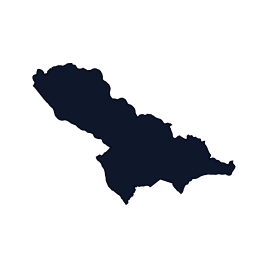 Nova Olímpia, Mato Grosso, Brazil (Mercator projection), rotated 47°
{"feature_id": "56859067B94311808533104", "entity_name": "Nova Olímpia", "entity_type": "district", "adm_level": 2, "iso_a3": "BRA", "parent_name": "Brazil", "parent_adm1": "Mato Grosso", "projection": "mercator", "projection_center": [-57.402, -14.783], "detail": "fine", "context": "isolated", "style": "filled", "palette": "ink", "viewbox_px": 256, "rotation_deg": 47, "n_neighbors": 0, "source": "geoboundaries", "source_scale": "gbopen_adm2", "svg_char_len": 5406}
<svg xmlns="http://www.w3.org/2000/svg" viewBox="0 0 256 256"><g transform="rotate(47 128 128)"><path d="M211.8,133.7L211.7,132.2L211.2,130.8L210.6,130.0L210.0,129.2L209.4,127.8L208.9,126.6L208.5,125.2L208.4,124.2L209.2,123.0L209.3,122.0L208.8,120.9L208.1,119.7L208.9,118.6L209.2,117.2L208.7,116.3L208.7,115.3L209.6,114.0L210.8,112.8L211.5,111.2L211.8,110.1L212.2,107.9L212.6,106.8L213.4,105.1L214.0,103.9L214.8,102.8L215.4,101.9L215.8,101.0L216.7,100.0L218.2,98.7L219.9,96.8L220.7,96.1L221.9,94.8L222.5,93.6L223.0,92.7L224.0,91.9L224.9,91.4L225.6,90.8L226.4,89.9L227.0,89.1L227.6,88.0L228.5,87.4L229.6,87.2L230.9,86.5L231.7,85.6L232.0,84.5L231.6,83.5L231.0,82.7L230.6,80.8L230.2,79.2L229.7,77.3L229.0,76.2L228.0,76.0L225.3,75.9L224.5,75.4L223.6,74.3L222.8,75.5L222.5,76.6L223.1,78.0L223.7,79.4L222.9,80.4L221.3,81.2L219.8,81.6L218.8,82.2L218.0,82.9L217.0,83.8L215.6,84.2L214.7,84.1L213.8,84.2L212.9,84.8L212.2,85.6L211.3,85.7L210.4,85.7L208.9,85.9L207.8,86.7L207.6,87.6L207.0,88.3L206.7,89.6L205.5,89.4L204.7,88.4L204.5,86.9L203.7,86.1L202.5,86.2L200.6,85.8L199.2,85.2L198.1,84.9L196.7,84.2L195.6,83.9L194.5,83.5L193.1,83.4L191.8,83.4L190.8,82.4L190.0,81.4L189.3,82.3L189.1,83.8L188.2,84.1L187.2,83.9L186.5,83.5L185.5,83.0L184.6,83.6L184.0,84.5L183.1,84.7L182.0,84.9L180.8,85.2L180.4,86.3L179.8,86.9L178.8,87.0L177.2,86.8L176.6,87.8L175.8,88.7L174.5,88.9L174.5,90.2L175.5,90.8L176.3,91.3L176.4,92.4L176.3,93.4L175.5,94.1L174.2,94.6L172.8,95.1L171.7,95.3L170.3,95.8L169.1,95.9L168.6,97.0L168.5,98.4L168.5,99.6L168.1,100.8L167.0,101.6L165.9,101.9L164.4,101.6L163.1,100.5L161.7,99.6L160.5,99.2L159.3,98.7L158.2,98.3L157.4,97.7L156.2,97.5L154.9,97.3L154.7,96.3L154.9,95.3L155.1,94.2L153.9,94.4L153.1,95.2L152.1,95.6L151.5,96.2L151.0,97.1L150.6,98.3L149.5,98.9L148.6,98.9L147.3,98.8L146.0,98.5L144.8,98.5L143.8,98.8L142.4,99.6L141.2,100.3L140.0,100.9L138.7,101.3L137.8,101.4L136.7,101.5L135.6,102.1L134.4,102.2L133.4,102.9L132.5,103.8L131.6,104.3L131.2,105.6L131.0,106.7L130.1,107.6L128.8,108.0L127.9,108.8L127.1,110.1L126.8,111.1L127.2,112.7L126.8,113.8L125.8,113.7L124.4,113.5L123.2,113.2L122.2,112.9L120.9,112.1L119.9,111.2L118.0,110.4L116.1,110.3L114.3,110.4L113.0,110.8L111.4,111.8L109.9,112.1L109.1,111.8L107.6,111.4L105.4,110.9L102.8,111.7L101.5,113.2L100.9,115.1L100.4,116.6L98.7,117.6L97.5,118.4L96.7,119.6L95.6,119.9L93.6,119.8L92.0,119.5L91.0,118.9L90.2,118.3L89.2,117.7L88.0,115.9L87.2,114.7L86.5,114.1L84.9,113.4L83.2,112.8L82.0,113.0L81.0,113.0L79.8,113.0L78.7,113.2L77.1,113.8L75.2,113.9L74.2,113.3L73.3,112.3L72.1,111.4L70.7,110.6L68.7,110.1L67.2,109.8L65.8,110.0L64.8,110.7L63.2,111.2L62.0,112.2L61.1,113.9L60.8,115.4L60.6,116.3L59.7,117.2L58.9,118.3L58.2,119.1L56.6,119.3L55.4,119.8L53.8,120.3L53.6,121.3L53.0,122.4L52.2,123.3L51.5,124.0L50.5,124.6L49.4,124.8L47.7,124.5L46.9,124.2L46.0,124.3L45.3,125.0L44.3,125.6L43.5,125.9L42.6,125.4L41.8,126.2L40.8,127.5L39.9,128.8L39.8,130.2L39.3,131.6L38.9,133.0L38.3,134.1L37.0,134.6L36.3,135.6L35.5,136.1L34.9,137.1L34.5,138.2L34.0,139.4L32.8,140.8L32.4,142.5L33.4,143.3L32.8,144.3L31.9,144.5L32.1,145.6L32.0,147.0L32.2,148.3L33.2,149.1L33.5,150.7L32.6,150.9L32.5,152.3L31.6,152.6L30.8,152.9L29.7,152.1L28.2,151.9L27.3,152.0L26.0,152.4L24.5,153.3L24.0,154.2L24.6,155.2L25.5,156.6L26.5,157.6L26.7,158.5L26.3,159.4L25.9,160.2L25.5,161.3L26.0,162.7L26.8,163.3L27.9,163.8L28.7,164.2L29.6,164.3L30.8,164.4L31.8,165.3L32.6,167.2L32.8,168.2L35.1,168.1L41.4,168.6L47.6,169.1L48.6,169.2L53.5,169.4L55.1,169.1L56.2,169.2L57.6,169.4L58.7,169.5L60.7,169.3L62.1,169.1L63.3,169.3L64.8,169.9L65.8,170.4L66.7,170.9L68.4,171.9L69.8,172.4L72.6,172.5L73.5,172.5L74.6,172.2L75.8,171.7L76.9,171.0L77.7,170.0L78.2,169.1L78.9,168.2L80.2,167.4L81.9,166.7L83.7,166.1L84.8,166.2L87.2,165.2L88.6,164.6L89.5,164.0L90.5,163.7L91.9,163.7L93.5,163.7L95.6,163.1L96.6,163.1L97.6,162.7L98.5,162.2L99.4,161.3L100.7,160.5L102.0,160.3L103.2,160.3L104.0,159.7L105.0,159.0L105.6,158.4L106.9,157.8L108.1,157.3L109.3,157.4L110.5,158.0L111.6,158.3L113.0,158.0L113.9,157.6L115.3,156.7L116.3,155.8L117.2,154.9L118.1,154.6L119.7,154.8L120.9,155.6L122.3,155.7L123.6,155.3L124.8,154.9L125.8,154.8L127.2,154.6L128.3,154.2L129.6,153.9L130.6,154.0L130.9,155.8L131.0,156.9L131.1,159.4L131.1,160.6L130.5,162.4L130.9,164.0L130.9,164.9L130.7,166.2L130.1,167.0L128.7,167.2L127.9,170.9L128.9,171.4L129.8,171.7L131.3,171.8L132.5,171.4L133.4,171.3L134.6,171.4L136.2,171.5L137.2,172.1L138.3,172.5L139.6,172.8L141.5,173.0L142.4,173.2L143.1,173.7L144.1,174.2L145.6,175.1L146.9,176.2L147.7,176.7L148.7,177.2L150.3,178.3L151.1,179.1L152.0,179.6L153.7,180.3L154.8,180.7L156.6,181.4L157.7,181.7L158.7,181.6L160.1,181.6L161.0,181.6L162.4,181.7L163.9,180.9L164.9,180.8L166.4,180.6L167.3,180.5L169.7,180.2L170.7,179.8L171.8,179.6L173.3,179.7L175.1,180.4L176.4,180.2L178.5,180.7L180.2,180.9L182.3,181.2L182.5,179.9L182.1,178.8L181.0,178.5L180.4,177.5L180.7,175.5L180.0,174.2L180.2,172.9L179.9,171.6L180.6,171.0L180.0,169.7L178.9,169.5L178.8,168.4L179.0,167.3L178.5,166.2L178.0,164.9L177.1,165.1L176.5,164.4L175.9,163.7L175.0,163.4L175.1,162.4L176.4,162.0L176.3,160.6L177.1,160.0L178.1,159.6L178.9,158.1L179.6,157.2L181.0,155.8L181.7,154.2L182.6,153.1L183.7,152.1L184.7,151.7L185.9,151.6L187.0,139.1L192.5,136.0L199.0,132.4L199.8,133.3L200.8,133.8L201.7,134.0L203.1,134.1L204.2,134.2L205.2,134.0L206.1,134.2L208.1,134.1L209.0,133.7L210.1,133.7L211.8,133.7Z" fill="#0f172a" stroke="#020617" stroke-width="1.5"/></g></svg>